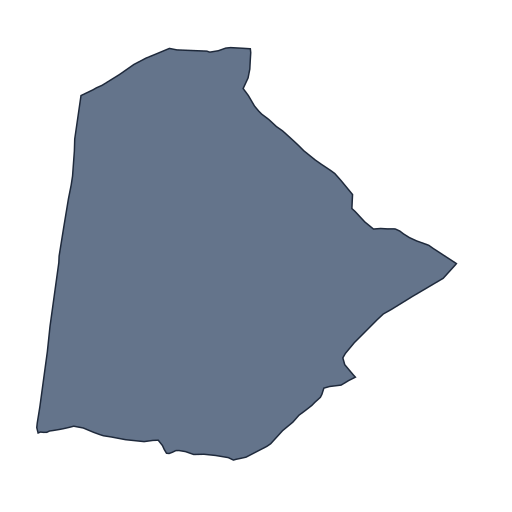 Al-Daur, Sala ad-Din, Iraq (Equal Earth projection), rotated 96°
{"feature_id": "34846034B11462984737824", "entity_name": "Al-Daur", "entity_type": "district", "adm_level": 2, "iso_a3": "IRQ", "parent_name": "Iraq", "parent_adm1": "Sala ad-Din", "projection": "equal_earth", "projection_center": [44.202, 34.56], "detail": "fine", "context": "isolated", "style": "filled", "palette": "slate", "viewbox_px": 512, "rotation_deg": 96, "n_neighbors": 0, "source": "geoboundaries", "source_scale": "gbopen_adm2", "svg_char_len": 1774}
<svg xmlns="http://www.w3.org/2000/svg" viewBox="0 0 512 512"><g transform="rotate(96 256 256)"><path d="M366.1,144.5L363.8,147.1L354.8,156.4L348.2,159.0L343.5,156.9L331.8,149.1L319.7,139.3L306.9,129.0L300.3,123.3L294.4,115.0L293.6,114.0L280.0,96.4L265.7,77.1L258.6,67.5L243.7,56.6L242.6,55.9L229.9,80.7L227.3,85.3L224.2,97.9L221.6,105.5L218.5,111.8L216.2,115.5L214.6,120.2L214.6,121.8L215.3,128.1L215.6,134.9L216.9,142.0L210.8,151.3L201.3,162.2L198.8,165.6L192.1,166.0L184.8,166.4L172.4,179.0L165.8,186.2L163.6,189.9L157.8,200.9L154.3,207.2L146.4,219.4L141.6,225.3L135.6,233.3L128.9,242.5L125.1,249.3L118.8,257.7L114.3,265.2L111.5,268.6L107.0,273.2L97.2,280.4L90.8,286.3L83.5,283.8L79.7,282.5L70.8,281.7L63.2,282.1L54.3,282.5L50.5,283.3L50.8,290.9L51.4,303.1L52.4,307.8L55.8,314.9L58.1,323.3L57.4,326.3L59.3,356.2L58.6,363.8L66.2,377.7L70.7,386.1L78.3,397.5L90.0,411.0L102.4,427.0L105.5,432.4L107.7,435.4L114.7,446.8L158.6,448.5L170.6,447.6L195.7,446.8L204.6,447.2L218.6,448.5L247.2,450.2L276.7,451.8L283.1,451.4L347.3,453.5L373.0,453.5L402.2,454.4L428.9,455.2L445.1,456.1L449.6,456.1L454.8,454.2L453.6,452.0L453.6,448.8L453.2,445.6L451.6,443.0L450.8,439.7L449.2,433.9L447.9,429.6L445.9,423.7L444.3,419.5L445.1,409.8L448.3,399.2L449.9,392.8L450.7,389.0L451.1,381.0L452.3,366.6L452.3,356.4L452.3,347.9L450.2,339.4L449.4,334.0L454.3,329.2L457.9,327.1L461.5,324.4L461.5,321.8L459.9,318.6L457.9,315.4L457.5,312.2L457.9,305.7L459.9,297.2L458.6,287.1L458.6,281.7L458.6,275.3L459.4,262.5L461.3,257.1L460.2,254.4L459.4,251.8L457.1,244.9L444.1,225.2L441.2,221.8L426.9,211.3L417.4,202.0L409.8,196.6L404.4,190.7L398.7,184.8L395.5,182.3L389.8,177.2L386.6,176.0L380.3,174.7L378.1,169.2L375.5,157.9L370.1,150.7L366.1,144.5Z" fill="#64748b" stroke="#1e293b" stroke-width="1.5"/></g></svg>